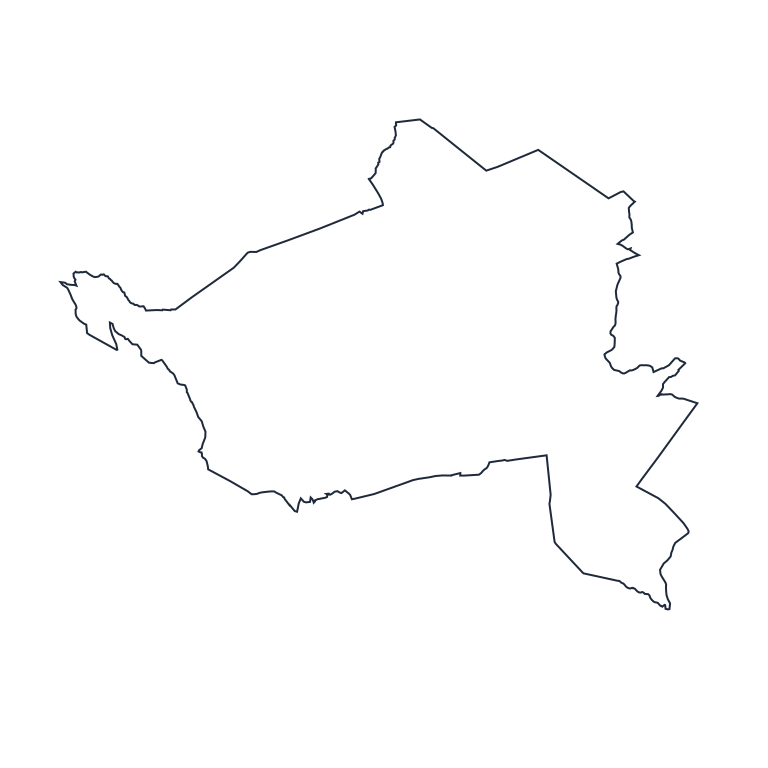 outline of Tlazazalca, Michoacán, Mexico, rotated 173°
{"feature_id": "50627088B28595792549416", "entity_name": "Tlazazalca", "entity_type": "district", "adm_level": 2, "iso_a3": "MEX", "parent_name": "Mexico", "parent_adm1": "Michoacán", "projection": "orthographic", "projection_center": [-102.046, 20.015], "detail": "fine", "context": "isolated", "style": "outline", "palette": "slate", "viewbox_px": 768, "rotation_deg": 173, "n_neighbors": 0, "source": "geoboundaries", "source_scale": "gbopen_adm2", "svg_char_len": 6145}
<svg xmlns="http://www.w3.org/2000/svg" viewBox="0 0 768 768"><g transform="rotate(173 384 384)"><path d="M115.3,480.8L118.8,483.2L123.4,487.0L122.7,488.5L124.3,488.1L125.6,488.0L127.2,489.1L129.8,491.6L131.9,493.3L135.0,494.6L130.6,497.4L128.2,498.1L122.3,502.2L118.5,504.1L119.0,508.9L118.7,512.0L118.7,514.9L119.0,516.9L120.2,519.6L119.7,522.4L119.8,525.0L119.6,528.9L118.4,530.2L116.7,531.6L112.8,534.4L113.7,535.0L122.8,546.0L125.7,545.7L138.5,540.9L202.4,597.6L244.7,585.7L256.5,583.3L303.9,631.9L305.4,632.4L316.1,642.2L340.2,642.3L340.5,640.9L340.3,639.5L340.7,638.9L342.2,637.9L341.8,633.1L341.9,629.3L343.4,626.8L343.5,625.7L343.9,625.0L345.0,624.3L345.2,622.2L346.0,621.2L347.6,620.5L348.5,619.8L349.0,618.3L350.4,618.2L351.8,617.2L353.3,616.9L354.7,616.1L356.1,615.6L356.3,614.9L357.2,614.5L358.1,613.5L360.2,609.5L361.3,608.0L361.4,605.0L362.8,604.3L362.8,602.8L364.6,600.5L366.0,599.0L366.1,597.3L366.6,594.4L367.7,593.3L371.5,589.9L372.4,589.5L373.9,589.5L374.1,589.4L370.7,583.0L366.4,573.7L364.3,568.3L363.6,565.3L363.3,563.4L363.3,561.6L376.5,558.5L377.7,558.9L379.1,558.2L383.6,558.1L384.6,555.6L387.3,558.1L392.8,555.6L429.2,546.0L463.1,538.0L490.5,531.9L494.6,530.6L500.8,531.5L503.4,530.9L512.4,523.0L519.0,517.7L564.3,493.4L581.9,483.4L586.2,483.9L586.8,483.2L594.5,484.8L595.0,484.2L600.5,485.1L611.3,485.9L612.0,488.1L613.2,490.5L616.7,490.6L617.9,491.1L618.7,492.0L620.1,492.7L621.8,492.8L623.1,494.3L623.9,494.5L625.1,495.1L626.1,496.0L626.7,497.4L627.6,498.7L628.5,501.3L630.2,503.1L630.6,506.5L631.9,507.0L633.1,508.8L633.9,511.6L634.8,512.8L636.4,515.9L638.2,516.1L639.6,516.9L640.4,517.7L641.7,519.9L642.4,520.4L642.9,521.4L644.1,522.3L645.1,524.6L647.0,524.9L647.5,525.3L648.6,526.8L648.9,527.0L649.9,526.7L651.6,527.2L654.2,525.5L655.9,525.3L657.6,525.3L659.7,526.1L662.7,528.4L666.2,531.8L670.2,531.6L670.8,532.0L672.2,532.0L672.9,531.8L673.8,531.9L674.4,532.2L675.5,532.2L676.3,533.0L678.7,531.5L678.9,528.5L678.5,526.8L677.5,525.1L678.5,523.6L677.3,519.1L678.9,519.9L683.2,520.7L686.5,521.7L688.2,523.4L692.7,524.6L690.9,521.5L686.8,518.1L686.0,516.5L684.2,510.8L683.2,506.6L681.7,503.0L680.4,500.3L679.9,497.8L680.1,496.4L681.1,495.4L681.5,491.2L681.1,488.5L679.6,485.8L678.4,484.1L674.3,480.3L672.3,479.2L672.5,470.7L670.3,468.7L645.2,450.4L644.5,450.6L644.9,456.2L647.8,465.6L648.9,472.7L648.6,478.4L646.1,476.7L645.4,472.1L644.4,469.3L641.3,465.9L638.1,464.0L635.8,462.2L635.5,460.5L634.8,459.9L634.0,459.9L632.8,460.1L631.2,457.4L628.8,454.1L624.1,453.1L621.0,447.6L620.9,446.3L621.5,441.5L614.7,433.8L609.8,432.7L609.0,433.3L602.0,435.1L601.2,434.4L597.7,428.0L596.7,425.4L595.4,424.1L595.0,422.7L592.2,420.3L591.0,418.4L588.7,409.8L585.9,408.2L583.2,407.6L581.9,407.1L581.4,406.7L581.4,406.2L580.4,402.6L580.7,399.8L580.2,399.4L578.3,392.5L578.2,391.3L577.4,389.7L576.5,389.1L576.5,388.1L575.8,386.7L575.4,384.4L573.6,379.2L572.4,373.9L569.5,369.3L568.4,363.3L567.0,358.4L567.9,352.8L571.2,346.7L572.8,342.5L575.7,340.7L576.3,339.7L574.6,338.5L573.5,338.4L573.2,336.8L573.5,334.6L572.6,332.9L570.8,331.6L569.5,329.1L568.9,323.8L568.9,320.7L548.6,306.4L532.4,294.2L528.8,290.7L525.6,290.4L522.8,290.5L521.1,291.1L518.5,291.3L512.9,291.3L509.6,291.2L506.1,290.8L504.4,289.4L499.0,285.9L498.1,284.3L496.9,283.5L496.8,282.4L492.9,275.7L492.8,276.0L492.7,276.0L488.1,268.8L485.9,267.8L485.0,270.3L483.2,275.8L480.5,280.6L477.8,276.8L475.7,276.0L471.8,276.0L470.6,280.3L469.2,278.5L468.4,276.1L468.2,274.7L466.8,275.9L466.7,276.9L463.6,277.8L461.7,277.8L460.3,278.0L456.4,278.2L454.3,278.8L453.7,281.1L454.6,281.9L452.1,281.9L451.7,281.3L451.2,280.9L451.3,280.8L450.8,280.7L449.0,281.4L446.1,283.1L443.2,283.3L442.9,282.9L440.7,281.4L439.6,280.9L435.8,283.2L432.3,279.6L431.1,278.0L429.9,273.5L427.2,273.7L407.1,276.0L366.8,285.1L361.5,285.6L350.0,285.9L344.1,286.4L336.9,286.1L328.3,284.9L328.2,285.2L319.1,286.3L319.5,283.8L315.2,283.3L300.8,282.4L298.1,284.0L296.9,285.3L294.7,286.9L293.0,287.7L292.0,288.4L291.3,289.2L290.0,291.2L288.9,293.4L279.2,293.7L276.7,293.6L273.5,293.9L271.0,292.7L262.3,293.0L231.3,293.4L232.1,253.7L233.7,247.1L234.4,245.0L233.9,206.3L232.8,204.2L209.2,171.8L176.4,160.3L174.3,159.8L172.6,157.8L171.2,157.1L170.0,155.9L168.6,153.6L167.1,152.1L164.8,151.0L162.7,151.4L162.2,151.1L161.8,151.3L161.1,150.7L160.2,150.5L158.0,147.5L156.5,146.2L154.9,145.7L152.8,146.0L151.6,145.1L150.8,143.9L149.2,143.6L147.4,143.2L146.3,141.8L145.6,138.9L144.2,136.7L142.9,135.2L142.0,134.5L139.0,133.5L137.0,130.6L136.2,129.9L136.0,130.0L135.2,129.6L134.9,129.1L132.4,130.6L131.9,130.3L131.9,126.5L130.8,126.3L130.1,125.7L128.1,125.8L126.8,131.4L128.5,135.8L129.3,139.9L129.2,143.9L128.9,147.9L128.4,150.6L128.9,152.8L131.8,159.1L132.7,161.7L132.7,165.9L128.2,171.8L124.1,174.5L120.5,177.9L119.3,181.7L117.9,184.0L116.6,187.4L114.3,190.8L100.2,198.9L99.6,200.7L100.4,203.2L103.7,209.4L111.8,220.7L119.3,230.8L125.6,237.2L145.9,251.5L139.1,258.8L121.3,277.4L90.3,310.7L75.3,326.7L88.7,333.0L93.1,333.6L95.1,334.6L97.1,335.9L99.2,338.3L100.7,339.0L108.4,339.5L109.5,340.0L109.9,339.6L111.3,340.1L111.5,339.5L112.8,338.8L113.9,338.8L109.5,343.5L107.5,346.4L107.1,349.9L105.3,351.7L100.2,356.1L98.2,356.0L96.4,356.9L94.0,357.1L89.8,361.1L90.1,362.1L82.5,367.9L82.9,368.7L87.2,371.1L88.5,373.0L89.3,373.7L91.1,374.0L92.1,373.9L98.9,367.9L104.9,365.5L106.6,365.7L115.0,363.0L115.7,367.8L117.6,369.5L119.9,370.4L126.4,371.3L128.0,371.2L130.9,369.0L133.5,368.0L135.6,367.4L137.0,367.3L138.3,367.6L143.1,365.5L144.4,365.2L145.8,365.5L147.6,366.7L149.0,368.2L153.9,369.9L155.8,372.3L156.6,374.1L157.0,376.2L157.5,377.8L160.0,381.1L161.0,382.7L161.4,384.3L161.6,386.5L159.0,388.2L154.3,389.9L153.1,390.6L150.8,392.8L150.0,396.8L149.3,401.7L150.2,403.4L151.3,404.5L152.4,405.1L153.1,406.6L152.7,408.7L149.0,413.0L148.0,413.6L147.1,415.0L146.6,417.0L146.4,420.0L145.5,424.0L144.9,425.9L144.3,428.6L144.1,431.2L143.6,433.0L142.6,434.1L141.8,435.7L141.5,437.0L142.3,439.0L142.8,441.3L142.6,447.8L140.2,454.1L136.4,460.4L136.1,462.1L136.6,463.3L137.2,464.1L137.7,466.1L137.5,469.3L138.4,475.1L133.8,476.7L128.0,478.4L125.9,478.5L120.3,479.9L115.3,480.8Z" fill="none" stroke="#1e293b" stroke-width="2"/></g></svg>